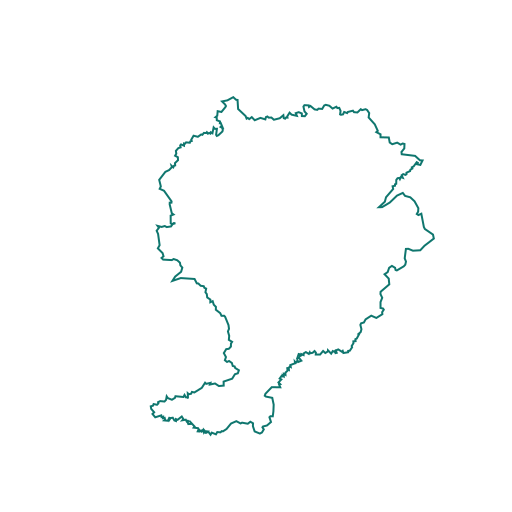 Tsiroanomandidy, Bongolava, Madagascar (Albers equal-area conic projection), rotated 225°
{"feature_id": "10022922B70813515121555", "entity_name": "Tsiroanomandidy", "entity_type": "district", "adm_level": 2, "iso_a3": "MDG", "parent_name": "Madagascar", "parent_adm1": "Bongolava", "projection": "albers", "projection_center": [45.919, -18.728], "detail": "fine", "context": "isolated", "style": "outline", "palette": "teal", "viewbox_px": 512, "rotation_deg": 225, "n_neighbors": 0, "source": "geoboundaries", "source_scale": "gbopen_adm2", "svg_char_len": 6100}
<svg xmlns="http://www.w3.org/2000/svg" viewBox="0 0 512 512"><g transform="rotate(225 256 256)"><path d="M290.2,427.3L292.9,422.8L292.6,421.5L295.5,420.2L294.6,417.7L295.8,415.9L296.7,415.6L298.8,418.4L301.9,419.6L303.1,418.1L304.7,418.4L306.1,414.4L310.4,414.1L313.6,412.2L314.2,410.6L313.2,406.8L316.0,404.4L316.0,402.7L318.2,401.1L323.6,400.6L323.9,398.9L325.2,399.8L328.4,396.9L328.1,395.2L323.9,392.5L320.7,392.4L320.3,389.4L322.5,387.4L324.4,389.2L327.5,387.9L328.9,385.1L326.2,384.0L330.8,381.1L333.6,381.1L332.6,376.7L331.6,376.1L332.7,375.0L332.5,373.7L333.8,373.1L336.2,374.9L336.6,370.2L339.7,365.0L343.0,364.8L344.9,362.8L346.6,362.7L347.2,361.2L346.0,359.2L350.5,356.8L352.9,351.1L357.2,351.2L357.6,348.0L359.5,347.8L359.8,346.5L362.3,347.6L372.6,347.3L379.4,353.3L380.5,352.4L384.4,352.2L386.3,345.8L389.3,341.3L385.0,341.3L383.3,340.8L382.9,339.5L382.3,333.4L385.5,331.3L382.6,327.8L382.8,325.5L381.7,326.1L379.7,324.3L376.6,325.7L375.5,324.4L375.0,325.1L371.1,323.5L372.3,323.2L372.3,322.2L370.6,322.7L368.7,321.8L367.8,320.3L368.0,314.8L368.6,313.2L369.9,313.5L373.6,318.3L374.9,316.9L376.9,317.0L373.6,312.0L375.4,311.6L374.8,310.3L376.2,309.9L376.5,308.5L378.3,308.8L378.2,307.7L379.9,306.2L379.6,303.8L380.7,303.2L381.4,299.2L385.2,296.9L384.0,292.4L382.8,291.9L383.5,290.5L382.9,289.3L385.8,286.9L385.6,285.3L386.5,284.7L384.9,283.1L387.9,281.9L387.8,280.6L386.1,279.5L387.2,277.4L387.0,273.7L384.7,272.0L384.1,269.7L381.1,270.6L378.9,268.6L379.0,264.4L377.2,262.9L377.8,261.8L377.2,260.2L379.5,260.1L378.3,259.4L378.2,255.3L379.6,251.4L378.3,241.4L372.5,237.9L371.6,235.4L367.2,237.1L354.3,234.9L353.5,233.9L354.7,232.7L353.6,231.5L345.8,226.7L343.7,227.0L344.9,224.2L339.4,218.8L337.8,219.1L337.4,221.2L336.2,222.1L337.5,219.6L337.0,216.8L339.6,213.3L341.7,212.7L343.3,209.8L346.9,207.7L344.6,207.3L344.1,203.6L340.9,202.4L331.8,195.5L330.8,192.0L324.1,192.0L321.2,190.4L321.4,187.8L319.1,187.8L312.6,193.6L312.1,195.6L308.7,197.3L305.1,197.5L302.8,195.9L299.9,195.7L297.8,191.9L298.6,184.3L297.5,179.3L293.6,187.2L283.2,196.3L278.5,194.8L277.3,195.8L274.1,195.8L271.6,197.7L270.0,197.0L268.2,197.7L266.1,194.6L263.9,194.3L261.2,192.2L257.5,192.9L255.6,191.0L254.7,193.4L251.4,191.7L248.4,191.7L246.4,189.6L240.9,190.3L238.1,189.3L236.3,191.2L234.9,191.2L226.6,187.7L223.6,185.4L222.5,182.8L218.5,180.6L215.9,177.5L212.2,178.4L211.8,176.4L209.7,174.2L209.6,171.1L211.2,169.1L210.1,164.6L205.8,163.3L204.3,160.3L201.6,160.6L200.8,162.7L197.4,163.3L194.7,161.8L193.0,162.8L191.5,162.1L187.3,163.1L185.9,160.2L187.3,157.5L186.1,152.4L190.1,144.3L187.2,141.5L190.3,137.8L194.8,136.9L197.7,132.5L198.5,134.1L200.8,130.4L202.4,130.4L201.1,124.4L203.1,115.9L205.2,114.6L204.5,112.7L205.7,110.8L207.2,110.7L203.4,107.2L204.6,107.5L205.6,106.5L208.3,107.2L207.6,105.0L213.8,99.9L213.0,98.4L213.8,94.9L217.8,93.2L219.9,93.6L217.9,90.7L217.8,88.4L221.1,85.7L221.9,83.4L220.8,82.7L220.8,80.8L223.7,78.9L223.0,77.3L224.1,75.3L222.0,73.8L217.5,73.5L217.5,71.1L213.2,70.7L210.3,76.3L208.9,75.3L208.1,76.7L207.1,75.5L206.2,77.0L204.7,76.1L204.7,74.8L201.8,77.2L203.2,81.0L201.5,79.4L201.8,81.0L200.5,82.8L197.4,82.0L195.9,82.7L197.2,84.1L195.6,84.7L195.0,90.0L192.0,89.3L191.9,87.8L189.9,90.6L188.0,90.0L187.7,91.3L186.7,91.5L186.9,90.1L185.0,89.3L183.5,91.0L184.6,92.2L178.9,92.0L178.7,90.6L175.2,93.3L174.1,93.0L173.2,90.8L172.0,91.8L172.5,93.0L169.6,93.2L171.2,93.7L170.6,95.3L169.1,94.7L170.2,96.2L167.7,96.1L167.4,94.8L166.5,95.4L167.1,97.0L166.1,97.8L166.2,95.8L165.4,98.0L161.8,97.5L162.4,99.8L158.2,101.6L158.9,104.1L156.4,106.2L156.4,107.9L155.4,108.6L154.5,112.8L155.2,119.9L153.1,125.3L148.5,126.7L148.0,128.3L143.2,131.6L142.8,134.8L139.8,135.6L137.9,133.5L132.9,131.0L127.7,133.2L127.0,135.4L127.9,138.9L130.3,139.4L130.5,140.4L128.4,143.9L128.0,149.2L132.5,151.5L132.5,152.9L130.8,154.5L133.8,158.4L138.4,163.4L144.2,167.2L149.6,163.6L151.0,163.4L151.9,165.2L152.1,174.4L146.0,180.3L148.9,181.5L148.3,182.5L150.7,182.5L150.8,186.6L152.6,186.1L153.1,189.2L152.2,189.6L152.9,190.4L151.3,190.6L153.0,192.3L151.1,192.8L152.7,194.3L152.6,197.3L154.6,198.8L154.1,199.6L153.7,198.7L152.4,198.9L153.7,200.0L154.0,201.8L153.0,202.1L154.6,203.2L152.5,207.8L153.8,208.8L152.3,208.7L152.8,211.5L151.2,210.9L149.9,214.0L153.5,214.4L154.5,212.8L156.5,216.9L155.2,217.7L154.1,216.4L153.6,218.0L154.4,218.8L152.3,219.6L153.4,220.9L152.8,223.3L149.4,224.1L149.9,225.9L148.9,225.5L147.5,227.6L147.4,230.2L145.3,230.0L144.1,228.6L141.0,231.7L141.4,236.3L138.4,236.4L137.7,239.4L138.4,240.2L133.8,240.1L134.5,243.1L133.0,243.6L133.0,244.7L131.1,243.6L130.5,244.6L132.8,245.6L131.8,248.1L127.6,249.0L127.6,250.2L125.6,249.2L122.8,253.1L123.7,254.1L122.7,255.3L123.5,259.4L124.7,260.0L125.4,263.2L126.8,264.5L125.4,266.2L126.9,267.4L126.4,268.9L127.8,273.6L128.4,273.4L128.2,276.3L129.7,278.8L133.5,281.1L134.1,282.7L132.7,285.3L133.7,288.7L132.3,295.3L127.1,297.3L125.5,304.2L127.1,305.5L127.7,308.4L129.0,308.7L131.2,307.3L135.4,311.5L137.2,315.7L141.1,317.1L142.6,318.8L141.7,330.2L146.2,333.9L152.2,334.0L151.5,337.7L153.5,341.8L152.9,345.1L149.3,346.0L147.4,344.8L146.2,345.4L144.2,353.2L144.3,355.4L146.0,358.1L149.2,359.5L155.0,367.0L153.4,368.8L148.8,370.7L143.9,376.2L144.1,382.4L142.6,394.1L146.0,396.3L155.7,394.5L157.8,395.2L169.0,402.8L170.1,399.8L172.0,399.4L172.7,402.0L175.0,404.6L182.6,406.8L188.4,406.6L193.1,403.9L196.8,404.4L199.0,398.4L199.2,388.4L201.4,379.7L203.6,377.4L203.3,385.5L205.6,389.5L206.4,400.4L208.7,401.9L207.4,404.0L208.4,405.0L207.9,406.2L210.6,409.0L210.9,411.1L209.9,412.5L208.6,412.1L209.4,414.2L207.5,415.1L210.1,416.1L209.8,418.0L207.7,419.0L207.4,420.2L208.5,421.3L207.1,425.0L207.9,426.2L207.3,428.4L208.5,428.9L207.9,430.9L208.7,436.0L207.5,436.3L207.1,434.7L204.2,436.6L205.8,441.3L207.7,439.6L214.3,439.3L224.9,431.0L226.7,432.4L227.2,436.9L230.2,440.2L231.8,439.3L232.5,437.0L236.3,436.0L238.7,431.4L241.7,430.8L245.9,433.7L251.9,428.0L254.0,430.1L258.5,428.7L258.4,430.6L265.1,433.1L274.3,433.6L277.0,437.1L280.7,437.8L282.3,437.3L284.2,434.1L285.7,433.9L285.8,429.2L288.4,427.0L290.2,427.3Z" fill="none" stroke="#0f766e" stroke-width="2"/></g></svg>